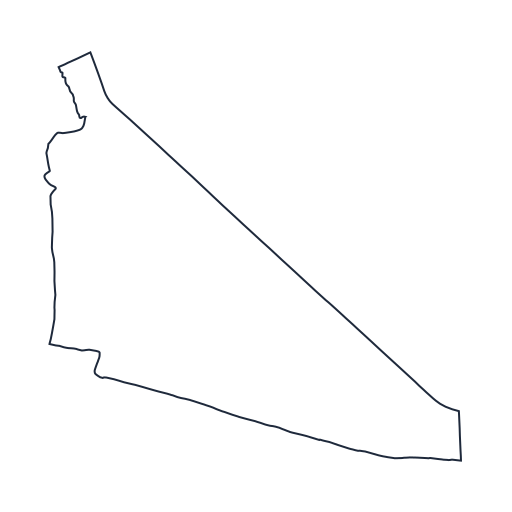 outline of Vadhana, Bangkok Metropolis, Thailand, rotated 183°
{"feature_id": "78962969B23901249409330", "entity_name": "Vadhana", "entity_type": "district", "adm_level": 2, "iso_a3": "THA", "parent_name": "Thailand", "parent_adm1": "Bangkok Metropolis", "projection": "natural_earth1", "projection_center": [100.591, 13.727], "detail": "fine", "context": "isolated", "style": "outline", "palette": "slate", "viewbox_px": 512, "rotation_deg": 183, "n_neighbors": 0, "source": "geoboundaries", "source_scale": "gbopen_adm2", "svg_char_len": 5578}
<svg xmlns="http://www.w3.org/2000/svg" viewBox="0 0 512 512"><g transform="rotate(183 256 256)"><path d="M142.2,67.0L139.4,66.7L136.8,66.5L122.8,63.3L118.7,62.6L115.3,62.2L114.0,62.0L107.6,61.4L106.8,61.3L104.2,61.5L102.1,61.7L101.5,61.7L100.6,61.8L99.5,61.9L97.5,62.3L96.1,62.4L94.1,62.6L92.5,62.8L91.9,62.9L84.9,63.1L74.3,63.1L73.4,63.0L72.3,63.3L72.0,63.3L71.4,63.4L63.6,62.8L59.9,62.6L58.0,62.4L57.0,62.4L54.5,62.4L53.3,62.3L51.8,62.4L50.7,62.7L49.4,62.9L41.5,62.4L40.6,62.4L41.0,67.1L41.6,72.7L43.0,87.3L43.6,94.6L44.9,107.9L45.3,111.7L52.0,113.2L58.8,115.4L64.5,118.1L68.8,120.9L71.6,123.0L78.8,128.8L81.5,131.1L85.8,134.6L86.3,135.0L89.9,138.2L90.7,138.9L108.5,153.6L117.4,160.9L127.7,169.4L138.0,178.0L150.5,188.3L155.4,192.4L162.4,198.1L173.9,207.6L181.1,213.4L184.2,215.7L194.5,224.1L220.1,245.4L229.5,253.1L243.0,264.4L250.3,270.3L251.9,271.6L260.7,278.9L269.7,286.3L278.9,294.0L291.5,304.4L302.0,313.3L306.4,317.1L310.7,320.7L311.9,321.7L316.6,325.7L323.5,331.6L330.1,337.0L338.0,343.5L345.3,349.6L349.0,352.6L355.5,358.1L358.1,360.3L389.4,386.0L393.2,389.0L403.1,396.9L407.4,400.4L409.7,402.6L410.8,403.9L411.3,404.5L411.9,405.4L412.3,405.8L413.1,407.1L414.5,409.3L416.2,412.9L419.1,420.2L423.2,430.1L426.9,438.8L430.5,447.1L432.1,450.7L433.9,449.7L444.6,443.9L454.0,439.1L456.9,437.4L458.9,436.4L461.6,435.1L463.0,434.3L462.5,433.3L461.4,431.2L461.0,430.0L460.9,429.9L460.8,429.7L460.7,429.6L460.4,429.4L460.2,429.3L459.5,429.2L459.4,429.1L459.2,429.1L458.9,428.9L458.8,428.6L458.8,428.0L458.8,425.9L458.8,425.6L458.7,425.3L458.7,425.2L458.5,424.8L458.3,424.6L458.1,424.5L457.8,424.4L457.5,424.4L457.1,424.4L456.9,424.4L456.6,424.3L456.4,424.2L456.1,424.1L455.9,423.9L455.7,423.7L455.7,423.4L455.6,421.5L455.4,420.2L455.3,419.8L455.1,419.2L454.9,418.6L454.8,418.3L454.5,417.9L454.4,417.7L453.8,416.9L453.5,416.6L453.0,416.2L452.2,415.5L452.0,415.4L451.9,415.2L451.8,414.9L451.5,414.4L451.2,413.4L450.8,412.4L450.5,411.5L450.2,410.7L449.4,409.8L448.2,408.5L447.4,407.7L447.1,406.6L446.6,405.5L446.4,404.8L446.2,404.2L446.2,403.7L446.1,402.6L446.1,401.7L446.0,401.1L445.8,400.6L445.6,400.1L444.8,399.1L444.0,398.0L443.9,397.7L443.7,397.2L443.4,395.9L442.8,393.2L442.3,391.3L442.2,391.1L441.6,389.7L441.2,389.1L440.4,388.2L440.2,387.8L440.0,387.5L439.9,387.1L439.7,386.0L439.5,385.5L439.2,385.0L439.2,384.9L438.8,384.7L438.5,384.6L438.4,384.6L438.2,384.6L437.8,384.7L437.6,384.8L437.0,385.4L436.7,385.7L436.4,385.8L436.0,386.0L435.7,386.1L435.4,386.1L435.1,386.2L434.8,386.2L433.7,386.0L433.8,385.9L433.8,385.7L433.8,385.1L434.5,379.4L435.1,377.0L436.2,374.9L436.8,374.1L437.6,373.5L438.2,373.1L438.7,372.8L441.3,371.8L444.0,370.9L447.5,370.1L452.3,369.1L454.6,368.7L455.3,368.6L456.0,368.6L456.8,368.7L457.9,368.8L458.7,368.8L459.6,368.8L459.9,368.8L460.0,368.8L460.3,368.7L460.7,368.5L460.9,368.4L461.0,368.3L461.2,368.1L461.5,367.8L462.8,366.4L464.1,364.5L466.4,360.8L467.9,358.6L469.2,357.1L469.2,356.9L469.5,353.0L469.5,352.9L470.2,350.5L470.4,349.9L470.6,348.8L470.7,347.8L470.4,346.5L469.9,344.5L468.3,337.1L468.2,336.8L468.2,336.7L467.5,334.0L466.4,330.4L466.4,330.1L466.5,329.9L466.7,329.7L468.9,328.1L470.6,326.6L471.0,326.0L471.3,325.4L471.4,325.1L471.4,324.7L471.4,324.3L471.3,323.7L471.1,323.2L470.9,322.7L470.3,321.7L469.6,320.8L467.2,318.2L466.1,317.2L465.5,316.8L464.3,316.0L461.7,315.0L460.5,314.4L460.3,314.3L460.1,314.2L459.9,314.0L459.8,313.8L459.6,313.5L459.5,313.3L459.6,313.0L459.6,312.7L459.8,312.4L460.0,312.1L461.1,310.9L462.1,309.6L463.6,307.3L464.0,306.4L464.4,305.1L464.3,303.8L463.8,297.3L463.8,296.9L462.1,289.4L461.3,282.8L461.2,281.4L460.8,275.4L460.4,269.5L460.5,263.9L460.4,257.9L460.3,253.8L460.1,252.4L459.5,249.2L457.7,242.8L457.1,239.2L456.4,230.2L456.3,228.4L456.0,220.5L455.0,211.7L454.3,206.6L454.7,199.6L454.6,193.9L454.3,191.4L454.1,185.2L454.0,182.3L454.8,175.6L455.8,167.8L456.6,162.3L457.5,158.1L457.6,157.3L451.3,156.2L448.1,156.0L447.7,156.0L443.1,154.8L440.4,154.4L438.4,154.2L435.6,154.2L433.0,154.1L430.6,153.8L429.0,153.3L426.9,152.9L424.9,152.5L424.3,152.6L422.8,152.8L420.9,153.2L418.4,153.6L417.8,153.7L416.9,153.6L412.0,153.0L411.0,152.9L410.1,152.7L409.6,152.6L408.7,152.4L408.3,152.3L407.8,152.1L407.6,151.9L407.3,151.6L407.2,151.3L407.1,151.2L407.1,150.9L407.0,150.1L407.0,148.7L407.0,147.8L407.3,146.0L408.2,143.2L408.4,142.3L409.1,140.4L410.3,136.4L410.7,135.0L411.0,133.8L411.1,133.3L411.1,132.9L411.1,132.2L411.0,131.7L410.8,130.8L410.4,130.1L409.6,129.4L408.9,128.9L407.3,127.9L405.5,126.9L405.4,126.8L402.6,126.2L402.0,126.6L401.7,126.7L401.3,126.8L399.1,126.8L391.4,125.5L385.9,124.2L381.2,123.0L373.0,121.5L369.9,121.0L362.0,119.2L357.4,118.1L350.9,116.6L345.9,115.5L343.8,115.1L337.7,113.9L334.4,113.1L333.5,112.8L333.1,112.7L332.2,112.6L331.5,112.4L327.1,111.0L323.2,110.2L319.3,109.7L316.7,109.2L314.5,108.8L313.1,108.4L309.9,107.6L307.7,107.0L302.5,105.6L300.1,105.0L297.8,104.3L297.0,104.1L294.0,103.3L290.8,102.3L287.7,101.1L285.6,100.4L285.3,100.3L284.2,100.0L283.7,99.8L281.5,99.1L279.3,98.6L274.6,97.2L271.2,96.2L265.7,94.8L264.5,94.4L258.5,93.1L254.2,92.2L248.1,91.0L246.1,90.4L242.8,89.6L238.0,88.2L237.1,88.0L233.1,87.2L230.2,87.0L227.6,86.6L223.7,85.7L220.7,84.6L218.1,83.8L216.1,83.1L213.8,82.4L213.1,82.1L210.4,81.5L208.7,81.2L200.9,79.8L198.4,79.3L197.4,79.1L197.0,79.0L196.4,78.9L185.6,76.2L183.9,75.8L183.6,75.7L183.1,75.6L182.8,75.9L182.7,75.9L182.2,75.9L180.6,75.5L178.8,75.1L176.0,74.6L173.0,74.1L164.4,71.6L158.4,70.0L157.6,69.8L153.1,68.6L151.7,68.3L151.3,68.2L149.4,67.9L146.3,67.2L145.0,67.0L143.9,66.8L142.2,67.0Z" fill="none" stroke="#1e293b" stroke-width="2"/></g></svg>